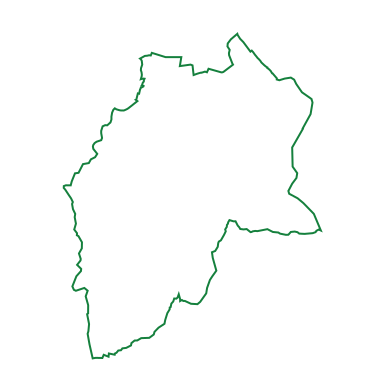 outline of Mioveni, Arges, Romania, rotated 350°
{"feature_id": "2599482B98376414707582", "entity_name": "Mioveni", "entity_type": "district", "adm_level": 2, "iso_a3": "ROU", "parent_name": "Romania", "parent_adm1": "Arges", "projection": "mercator", "projection_center": [24.948, 44.942], "detail": "fine", "context": "isolated", "style": "outline", "palette": "green", "viewbox_px": 384, "rotation_deg": 350, "n_neighbors": 0, "source": "geoboundaries", "source_scale": "gbopen_adm2", "svg_char_len": 3664}
<svg xmlns="http://www.w3.org/2000/svg" viewBox="0 0 384 384"><g transform="rotate(350 192 192)"><path d="M325.9,121.3L324.9,120.2L317.6,112.9L313.4,103.7L312.1,99.1L309.2,96.5L303.0,96.4L297.4,97.1L295.0,95.9L295.3,94.8L291.9,89.1L291.5,89.0L291.2,88.3L291.0,87.8L290.9,87.5L290.8,87.1L290.6,86.6L290.3,86.2L290.0,85.7L289.6,85.1L289.4,84.8L289.3,84.7L288.9,84.2L288.4,83.7L288.1,83.3L287.6,82.8L287.8,82.4L287.4,82.1L287.0,81.7L286.8,81.5L286.6,81.3L286.0,80.7L285.9,80.5L285.8,80.4L285.5,80.0L285.4,79.9L284.8,79.2L284.5,78.7L283.7,77.7L282.7,76.3L282.4,75.4L281.9,74.4L280.5,72.2L280.0,71.7L278.9,69.6L278.5,68.9L277.7,67.5L277.3,66.6L276.4,64.7L275.7,63.7L275.5,63.2L275.4,63.1L273.9,63.9L268.6,53.3L266.0,49.5L264.2,45.2L264.1,44.1L256.8,48.4L253.0,51.9L252.2,54.8L253.8,58.6L252.5,61.6L252.3,63.7L254.0,72.3L254.5,73.7L243.8,79.2L242.8,79.4L241.7,79.3L229.7,73.5L227.5,76.7L225.7,75.7L222.1,76.2L221.8,76.0L219.5,76.2L217.2,76.5L213.9,77.1L214.5,67.4L212.7,66.3L201.9,65.9L204.9,57.3L189.4,54.6L176.6,48.0L175.1,50.4L173.5,49.9L171.5,50.0L169.2,49.8L164.6,51.4L164.0,51.6L164.7,52.4L165.3,54.0L165.1,57.9L163.3,61.2L162.8,63.1L163.1,65.3L163.0,67.7L162.6,69.2L161.2,72.0L161.9,71.9L164.0,71.9L164.9,72.2L164.0,73.6L163.7,74.9L162.6,75.7L161.8,77.2L161.3,78.1L161.1,78.3L161.6,78.6L162.7,79.1L162.5,79.6L161.4,80.0L160.8,80.2L160.1,80.4L159.8,80.2L159.0,81.6L158.6,82.1L157.0,86.0L155.8,85.5L153.2,91.4L152.7,91.5L154.0,93.0L144.0,98.4L142.6,99.0L140.8,99.5L139.0,99.9L138.0,99.7L136.3,99.4L135.1,99.0L134.4,98.7L131.8,97.4L131.2,96.8L130.5,96.2L128.8,97.4L127.1,100.0L125.7,103.9L125.5,105.3L125.2,106.7L123.8,109.3L120.1,111.6L118.1,111.1L115.4,111.8L113.2,116.0L112.8,118.3L112.8,123.2L111.6,125.2L106.8,125.9L104.6,126.9L102.9,128.6L102.3,130.0L102.3,132.4L103.7,135.0L105.3,138.0L102.6,140.9L98.1,142.3L95.4,145.6L89.5,145.6L83.6,153.4L80.0,153.3L75.4,160.7L73.7,164.4L69.0,163.5L66.8,163.9L66.4,165.7L67.6,167.7L70.1,173.5L71.8,177.3L72.9,181.2L71.8,183.0L71.8,188.2L73.2,193.3L72.1,196.4L72.2,203.0L69.5,208.5L71.6,212.6L71.1,214.6L72.5,215.7L74.9,222.4L73.7,228.4L70.0,232.9L70.8,238.6L70.3,240.1L66.2,243.8L69.5,248.5L68.9,250.6L66.5,252.5L63.5,254.9L57.8,264.2L58.7,267.8L60.5,269.1L69.3,267.8L72.1,271.1L69.2,276.3L70.1,285.4L68.6,293.5L67.5,294.1L67.7,304.2L65.8,311.1L64.6,313.5L64.6,324.2L65.3,338.6L68.3,338.6L74.9,339.9L76.8,337.0L81.2,339.7L82.1,336.6L87.6,338.8L88.0,337.7L89.7,337.2L91.9,335.3L94.6,335.5L96.3,333.9L100.1,334.1L105.3,332.5L106.1,330.3L109.7,328.3L112.3,328.7L116.6,327.1L124.6,328.2L129.6,325.7L130.8,323.2L135.5,319.8L142.0,317.0L143.4,313.4L146.7,307.0L149.6,303.7L150.0,301.9L151.0,301.6L152.3,298.3L154.5,296.6L156.0,293.8L158.1,294.3L159.5,293.4L161.2,290.4L161.7,295.5L161.4,297.3L163.3,296.6L164.5,297.8L166.0,298.0L168.6,299.8L171.6,301.9L177.9,303.4L181.0,301.6L188.4,294.3L190.2,289.1L194.4,281.7L197.4,278.5L202.3,273.7L201.0,260.4L201.2,254.8L204.6,254.1L207.8,250.5L209.0,246.8L209.8,245.5L212.1,244.6L216.0,239.9L218.4,236.6L218.2,234.6L220.2,232.4L220.7,230.5L221.9,229.4L222.3,228.2L224.0,226.2L227.8,228.1L229.8,228.4L231.2,233.0L232.4,234.9L233.1,236.8L236.3,237.8L239.4,238.0L242.7,241.7L243.8,241.7L244.9,241.3L247.4,241.3L249.6,241.9L259.8,241.7L264.7,245.4L270.0,246.9L271.5,248.3L277.1,250.5L279.5,250.8L282.4,248.5L286.3,248.8L288.9,249.9L290.4,251.6L295.6,252.8L303.7,253.5L306.7,253.0L307.8,251.8L310.3,251.0L312.2,252.3L308.2,234.7L299.8,222.3L294.9,216.5L287.4,210.6L287.1,207.7L292.1,201.2L297.3,196.3L298.9,191.7L295.5,184.5L298.4,165.5L299.7,164.0L312.2,149.0L312.0,148.7L322.3,135.9L326.2,124.9L326.1,123.5L325.9,122.1L325.9,121.3Z" fill="none" stroke="#15803d" stroke-width="2"/></g></svg>